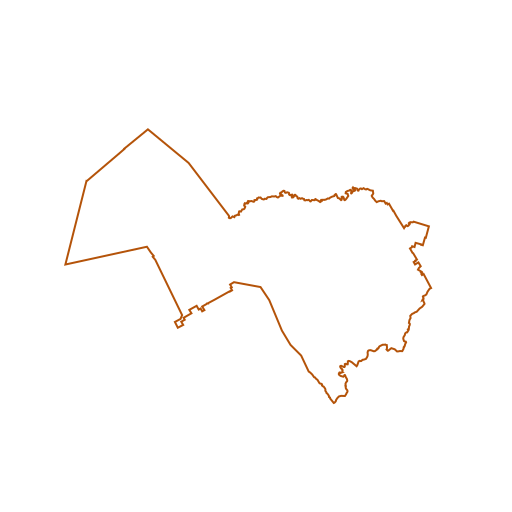 Kentish, Tasmania, Australia, rotated 50°
{"feature_id": "25037944B6865905771327", "entity_name": "Kentish", "entity_type": "district", "adm_level": 2, "iso_a3": "AUS", "parent_name": "Australia", "parent_adm1": "Tasmania", "projection": "mercator", "projection_center": [146.299, -41.463], "detail": "fine", "context": "isolated", "style": "outline", "palette": "amber", "viewbox_px": 512, "rotation_deg": 50, "n_neighbors": 0, "source": "geoboundaries", "source_scale": "gbopen_adm2", "svg_char_len": 6146}
<svg xmlns="http://www.w3.org/2000/svg" viewBox="0 0 512 512"><g transform="rotate(50 256 256)"><path d="M89.5,257.4L89.1,287.9L89.4,287.9L89.5,293.3L89.8,337.6L89.6,337.7L140.0,407.5L178.8,333.6L185.7,334.3L190.2,334.3L190.2,335.6L194.2,335.6L253.8,350.6L255.7,354.3L254.4,360.5L260.7,362.0L262.0,356.1L258.3,355.5L259.0,351.6L256.8,351.1L258.4,342.3L254.4,341.7L256.0,333.5L260.2,334.3L260.6,332.2L263.8,332.8L264.3,330.3L260.1,329.7L261.0,324.8L260.8,324.2L261.5,323.3L261.3,323.2L262.8,316.1L265.9,299.9L266.2,298.6L266.5,298.7L266.9,296.4L264.2,295.9L264.4,294.7L261.2,294.2L261.9,289.7L282.7,272.5L298.3,274.2L329.8,284.1L346.3,286.7L361.3,285.4L378.4,289.9L380.0,289.4L382.9,289.1L386.2,289.4L386.8,288.9L388.8,288.9L390.3,288.5L394.1,289.1L395.1,288.8L395.7,288.2L396.5,287.9L397.1,288.1L397.6,288.7L398.8,288.5L399.6,288.1L402.1,288.3L403.1,288.8L403.8,289.5L405.6,289.7L406.4,290.1L407.3,289.8L409.8,290.0L410.9,290.7L412.0,290.3L412.9,290.8L418.6,290.9L418.8,290.2L418.7,289.0L418.5,288.2L417.7,287.0L417.1,284.8L416.9,282.7L417.9,280.6L420.4,277.9L419.8,275.8L419.2,274.7L419.1,273.9L418.6,273.0L417.7,272.4L415.5,272.3L415.9,272.5L415.1,272.2L413.6,271.3L413.8,271.2L413.6,270.9L411.5,269.7L410.7,268.3L410.5,266.7L410.0,266.1L408.3,265.3L407.0,265.2L404.5,264.4L404.2,264.5L404.1,264.8L404.5,265.8L404.6,266.7L402.2,268.3L400.4,268.7L399.9,268.6L399.2,267.9L398.9,266.9L399.2,266.6L399.2,267.1L399.8,266.8L400.4,265.2L400.1,265.4L400.5,264.9L400.6,264.6L399.8,263.6L398.8,262.9L398.6,262.9L398.7,263.2L398.0,262.8L397.0,263.1L395.5,262.9L394.8,262.6L394.5,262.0L394.9,261.3L397.3,260.2L397.9,259.6L397.7,259.0L395.9,257.4L396.3,256.5L397.5,256.0L397.9,255.4L397.7,255.1L395.7,253.3L395.9,252.5L396.7,251.8L398.9,250.9L405.1,249.8L404.8,248.7L402.7,245.1L403.0,243.9L403.8,243.4L404.1,242.9L404.0,241.1L404.5,240.4L405.5,238.0L404.9,236.0L404.3,234.8L403.2,233.6L401.7,232.6L400.8,231.4L400.7,230.8L400.9,230.0L401.8,228.7L404.7,227.0L405.3,226.1L405.4,224.6L405.3,223.9L405.4,223.7L405.6,222.9L405.3,222.2L405.1,222.8L405.3,223.8L404.9,222.4L405.3,221.3L404.6,219.9L404.7,218.8L405.4,216.0L406.4,214.8L407.0,213.8L408.0,213.5L408.3,213.1L410.1,214.3L411.6,215.8L411.4,215.8L411.5,216.1L413.2,216.0L413.5,215.6L413.6,211.6L416.6,209.7L419.8,209.3L420.6,208.2L421.2,207.0L422.9,205.1L421.9,202.6L420.8,201.5L420.6,200.7L420.8,200.6L420.4,199.7L419.5,198.6L418.6,196.5L417.9,196.3L416.9,197.1L416.3,197.3L414.3,196.5L413.6,196.0L412.9,195.0L412.3,193.0L411.2,191.5L411.1,190.5L411.4,189.3L411.3,188.8L411.5,188.8L410.9,186.9L410.5,186.7L410.0,186.9L409.9,187.6L409.8,187.1L410.5,186.5L410.2,185.8L409.5,185.4L409.4,185.1L408.4,184.1L407.6,182.5L407.0,181.9L406.6,181.7L405.6,181.9L403.7,179.6L402.9,177.5L401.0,176.3L400.7,173.6L401.3,171.6L401.2,170.9L402.0,168.7L401.4,164.4L401.7,161.3L401.0,157.7L400.5,157.4L397.8,156.7L396.7,155.6L396.6,156.6L396.4,156.2L396.5,155.5L396.4,155.1L394.3,154.2L394.2,153.6L394.8,152.0L395.0,150.3L393.6,147.5L392.7,144.2L393.1,142.5L377.6,139.2L377.3,141.1L376.0,140.9L375.6,139.6L374.5,140.0L374.4,139.3L370.6,140.7L369.9,139.0L369.7,136.4L365.3,135.7L364.7,139.6L362.0,139.1L362.4,137.0L361.9,136.9L362.2,135.0L354.9,133.8L354.2,134.1L349.2,133.2L349.5,131.0L348.9,130.1L351.0,128.8L348.5,125.3L353.1,122.1L353.4,122.4L355.0,121.3L350.5,114.7L351.2,114.2L344.4,104.5L331.0,113.2L331.0,114.1L330.6,114.7L329.4,115.9L329.0,117.0L329.1,117.8L329.3,117.8L329.4,117.1L329.7,116.9L330.3,117.6L330.2,118.0L330.5,118.4L330.4,119.1L330.7,119.4L330.7,120.2L330.4,120.9L329.0,121.1L328.9,122.1L329.5,123.1L329.5,123.9L329.8,124.7L315.2,122.7L309.7,121.6L309.6,122.0L301.4,120.5L301.1,122.0L299.4,121.7L299.2,123.0L296.4,122.5L294.8,124.5L293.9,124.9L292.8,127.0L292.3,128.9L290.3,129.1L288.2,128.9L286.2,129.1L284.3,128.7L284.0,128.0L284.0,127.2L283.5,126.0L281.1,124.5L279.2,126.2L276.2,127.5L275.9,127.9L275.9,128.7L275.2,129.4L273.2,130.0L272.9,131.9L271.7,132.2L271.3,132.9L271.3,134.5L271.8,135.5L271.6,135.8L271.0,135.8L269.4,135.3L267.7,136.4L266.7,137.6L265.8,137.6L266.0,138.3L266.8,138.6L269.0,137.7L269.4,137.8L269.5,138.4L268.7,140.2L269.4,142.3L269.3,142.8L269.0,142.8L267.3,140.8L266.1,141.0L265.8,141.5L266.0,141.9L265.9,142.3L265.0,144.1L264.7,146.0L265.6,147.0L267.3,145.9L269.3,146.7L270.2,150.0L270.4,151.3L270.3,152.1L269.8,152.3L267.3,151.2L266.4,151.3L265.8,152.1L265.8,152.5L267.5,153.6L268.0,154.4L267.9,154.9L265.3,155.2L264.2,156.0L260.1,154.9L259.8,155.1L259.8,156.6L260.3,157.0L260.4,157.5L259.5,159.4L258.9,161.8L259.0,163.2L258.1,163.9L257.6,166.5L257.1,167.1L256.9,167.7L256.3,168.2L255.7,169.0L256.0,169.8L255.6,169.9L255.2,169.6L254.9,170.0L255.1,170.7L256.0,171.4L255.9,172.2L253.9,172.7L252.0,173.5L250.6,173.8L250.5,174.1L251.0,175.0L250.9,175.3L249.0,177.2L249.3,179.0L249.1,179.3L246.9,179.5L246.4,180.6L245.5,181.4L245.2,182.4L244.4,183.1L243.1,182.6L242.4,183.2L241.3,183.6L240.9,185.0L239.6,185.5L239.4,186.1L239.5,186.6L239.3,186.8L238.6,187.0L237.0,186.2L235.8,186.7L234.7,186.5L234.2,186.7L234.0,187.1L234.0,187.5L234.7,188.5L235.0,189.7L234.4,190.8L233.5,190.6L233.1,190.2L233.1,189.5L232.6,189.0L232.2,188.9L231.4,190.5L231.0,191.0L230.1,191.1L229.4,190.4L228.7,190.2L227.2,191.2L226.8,192.5L226.4,192.9L225.8,193.0L224.4,192.4L223.7,193.0L223.5,194.2L223.7,195.6L223.2,196.5L223.4,197.4L223.9,197.7L225.5,197.0L226.7,196.7L227.0,196.9L226.8,197.3L225.5,198.2L225.3,201.6L224.2,202.2L222.8,202.4L222.2,203.7L220.5,205.5L220.1,207.0L218.6,209.2L218.6,210.0L219.0,211.3L217.7,212.6L217.8,213.4L217.5,213.9L215.9,214.9L214.1,214.9L213.3,216.1L212.9,216.3L212.8,217.1L212.9,217.7L212.6,218.2L213.5,218.8L213.5,219.3L212.2,221.2L213.0,222.0L213.1,222.6L212.8,223.1L211.0,224.1L210.2,225.4L208.8,226.7L209.0,227.2L209.7,227.1L210.2,227.3L210.5,228.4L210.3,228.8L209.3,229.2L209.3,230.2L208.4,230.6L208.6,231.3L209.8,232.7L210.9,232.5L211.4,232.6L212.3,234.4L212.3,235.3L211.5,236.6L212.3,239.0L211.2,239.8L211.0,240.3L212.3,241.9L213.6,242.5L213.5,242.9L212.7,243.3L212.4,243.7L212.3,244.7L211.6,246.3L212.3,247.6L210.6,248.5L210.7,251.1L209.8,252.1L209.2,252.2L208.7,251.5L207.8,250.9L141.4,247.8L89.5,257.4Z" fill="none" stroke="#b45309" stroke-width="2"/></g></svg>